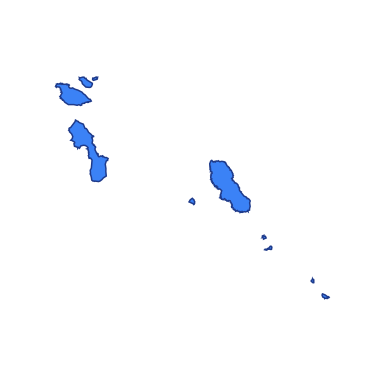 outline of Batanes, Batanes, Philippines, rotated 123°
{"feature_id": "2640588B23864872837062", "entity_name": "Batanes", "entity_type": "district", "adm_level": 2, "iso_a3": "PHL", "parent_name": "Philippines", "parent_adm1": "Batanes", "projection": "robinson", "projection_center": [121.895, 20.691], "detail": "fine", "context": "isolated", "style": "filled", "palette": "blue", "viewbox_px": 384, "rotation_deg": 123, "n_neighbors": 0, "source": "geoboundaries", "source_scale": "gbopen_adm2", "svg_char_len": 6112}
<svg xmlns="http://www.w3.org/2000/svg" viewBox="0 0 384 384"><g transform="rotate(123 192 192)"><path d="M175.9,133.9L174.3,134.8L172.4,135.4L169.7,137.8L167.8,138.3L167.0,140.1L167.0,141.3L167.3,141.8L167.0,141.8L167.1,143.1L166.7,143.6L167.1,146.2L165.6,150.7L165.2,150.8L165.4,151.1L164.8,152.9L163.7,154.0L162.8,154.3L162.7,155.4L162.3,155.4L162.0,156.3L161.0,157.3L160.5,159.3L160.9,160.7L160.7,160.6L160.8,161.2L160.0,163.1L160.3,164.3L160.0,164.8L159.3,164.8L159.0,166.1L157.3,165.5L156.2,166.5L155.5,166.4L155.2,167.3L154.3,167.8L154.3,168.3L153.6,168.9L153.5,169.6L152.6,170.6L152.8,171.8L152.3,171.7L151.7,173.8L151.2,174.1L151.3,175.3L151.0,175.4L150.9,177.1L150.1,178.1L149.9,179.0L149.7,178.9L149.1,179.8L149.0,180.4L149.3,180.8L149.0,180.9L149.2,181.8L150.1,183.8L151.5,185.2L151.5,187.0L152.1,187.1L152.9,188.7L153.9,188.7L153.9,189.1L154.3,189.2L154.2,189.9L155.1,190.4L154.9,190.7L155.3,191.2L154.7,192.4L154.9,192.9L156.0,193.1L158.7,192.5L160.4,191.2L160.4,190.8L160.8,190.9L161.3,190.1L161.9,190.1L161.9,189.7L163.0,189.3L162.9,189.0L163.2,189.1L164.3,187.5L164.3,186.9L164.7,187.1L164.5,186.6L165.0,185.6L165.5,185.3L166.7,185.9L167.5,185.0L168.4,185.1L168.9,184.4L169.8,184.1L170.5,183.3L170.4,182.8L171.1,183.0L171.0,182.6L171.9,182.0L171.7,181.7L172.2,181.6L172.2,180.8L172.7,180.7L172.7,180.0L173.0,180.2L173.2,179.3L173.6,179.2L173.5,178.0L173.7,177.3L174.3,177.1L174.3,176.4L174.5,176.5L174.7,176.1L174.3,175.7L174.7,175.7L174.4,175.3L174.8,175.3L174.6,174.7L174.9,174.0L174.5,173.9L174.9,173.7L174.1,173.1L175.3,172.3L175.0,172.1L175.1,171.1L174.6,171.0L174.3,170.1L174.7,167.8L177.2,167.1L177.4,166.7L178.6,166.8L179.4,166.0L179.8,166.1L179.8,165.5L180.7,165.6L180.5,165.0L181.0,164.4L181.6,164.9L181.5,164.2L182.0,163.3L181.5,162.7L181.6,161.7L179.9,161.1L180.0,160.2L180.7,159.7L180.1,158.9L180.6,157.9L180.5,157.5L179.9,157.1L179.9,156.7L179.5,156.9L179.1,156.5L178.6,155.3L179.6,154.4L179.4,153.7L180.3,152.8L180.4,151.7L181.0,151.2L181.1,151.4L181.3,151.5L181.5,150.9L182.8,150.9L183.3,150.3L182.7,149.8L182.8,149.0L183.8,148.4L183.9,147.6L183.5,147.2L183.9,146.8L183.4,146.4L184.0,145.7L183.9,144.9L183.5,144.5L183.9,144.5L182.9,143.6L183.2,142.7L182.4,141.4L182.9,140.7L182.5,140.5L182.9,140.4L181.9,139.3L181.1,139.1L181.4,138.5L180.0,137.5L179.6,136.3L177.7,134.9L177.8,134.4L177.0,135.1L175.9,133.9ZM216.5,310.2L213.8,310.3L212.0,308.6L211.1,306.9L211.0,304.9L211.4,303.4L211.9,303.5L212.2,303.1L213.0,303.6L212.8,302.7L213.1,302.0L213.9,301.6L214.0,301.0L215.0,300.4L215.2,300.0L215.6,300.1L216.7,298.9L217.9,298.8L219.0,297.2L219.4,297.2L219.8,296.6L218.8,295.5L219.7,293.2L226.8,289.4L229.2,289.2L231.6,287.3L232.3,287.3L232.9,286.2L234.6,284.3L236.6,282.6L236.8,281.2L236.3,280.4L236.3,279.8L235.8,279.5L234.1,276.0L232.9,275.1L230.6,274.3L228.4,274.0L225.3,272.6L221.8,275.4L219.2,277.0L215.9,279.9L212.6,280.8L212.0,280.6L211.2,279.5L211.3,280.3L209.6,280.6L209.7,282.5L210.6,283.9L210.5,285.1L210.8,285.7L210.5,286.2L210.9,286.3L210.5,286.9L211.3,287.4L211.6,288.3L212.9,289.0L213.0,289.2L212.6,289.5L213.0,289.3L213.2,289.8L212.6,290.7L212.2,290.8L212.3,291.1L211.2,291.5L211.1,292.1L211.8,292.3L211.6,292.8L209.5,296.2L208.1,297.2L207.2,297.1L206.6,297.6L206.6,298.6L206.0,299.2L206.2,299.6L205.9,299.6L205.9,300.2L206.2,299.6L206.4,300.0L205.7,300.6L205.7,302.1L204.2,303.0L203.3,303.1L201.9,304.3L201.6,305.0L201.1,305.1L200.7,305.9L199.1,304.7L198.7,305.1L199.1,306.4L198.6,308.2L198.3,311.2L196.9,313.7L196.4,315.2L196.9,316.5L194.3,320.1L195.1,323.9L195.1,325.6L194.8,325.8L195.2,327.8L194.9,329.4L195.4,328.7L196.6,328.4L204.1,328.9L205.1,329.7L206.0,329.6L206.4,329.0L207.3,329.0L207.2,328.5L207.7,327.7L208.2,327.6L208.8,324.7L210.3,322.3L212.3,321.5L214.6,321.8L214.2,320.9L214.1,317.7L214.7,317.1L215.8,317.3L217.7,315.4L217.1,314.4L217.3,313.8L216.8,312.4L217.6,311.6L216.5,311.6L216.3,311.1L216.5,310.2ZM170.6,326.0L169.7,327.8L170.1,328.3L170.0,330.4L168.8,334.4L168.8,336.6L168.2,338.6L168.7,343.2L169.6,346.4L169.7,348.8L170.9,349.9L171.4,351.3L171.0,352.5L170.1,353.2L169.2,353.1L169.1,353.6L169.5,353.8L169.2,354.0L169.7,354.5L169.4,354.9L169.6,355.8L170.3,355.9L170.2,356.4L171.5,358.1L171.9,358.9L171.7,359.2L172.2,359.5L171.8,359.9L172.7,360.5L172.4,361.0L172.9,360.9L172.8,361.5L173.1,362.0L173.9,362.2L174.4,363.6L174.7,363.5L175.3,364.4L175.8,364.0L176.8,364.2L177.4,363.3L177.9,363.6L178.0,362.9L177.7,363.0L177.2,362.3L176.2,360.2L177.2,358.1L177.9,358.0L177.8,357.5L178.8,356.4L179.5,356.3L179.1,355.8L179.9,354.9L182.8,354.7L183.6,354.3L183.9,354.7L184.4,353.8L184.1,353.7L184.3,353.2L185.0,353.2L184.7,352.6L185.1,352.3L184.8,351.4L185.5,350.6L185.0,350.1L186.0,347.5L186.0,343.2L183.1,338.8L181.8,335.5L180.3,334.4L180.1,332.6L179.1,331.9L178.5,332.4L177.3,332.0L176.1,330.4L175.4,330.5L173.7,329.0L173.8,328.5L173.5,328.1L173.4,328.4L172.9,328.3L171.4,326.4L170.6,326.0ZM158.3,333.8L156.0,334.2L155.1,334.8L155.3,340.5L155.0,342.2L154.4,342.7L155.0,343.8L154.5,345.1L155.3,346.3L157.3,348.1L157.4,348.8L158.1,348.1L159.0,348.0L159.3,346.5L159.1,345.4L159.6,344.3L160.9,342.9L161.8,338.2L160.3,335.2L159.6,334.3L158.3,333.8ZM201.2,183.5L199.9,183.7L199.4,184.3L198.8,184.3L198.5,184.7L198.1,185.6L197.6,185.9L197.1,188.3L199.5,189.2L201.9,189.1L201.2,184.7L201.6,183.7L201.2,183.5ZM205.6,19.6L205.5,20.7L206.0,21.3L205.8,24.2L206.3,27.0L206.7,27.1L207.7,26.7L208.9,25.1L208.6,23.5L209.0,22.9L208.7,22.9L208.5,22.1L207.7,21.4L207.8,20.7L207.4,20.4L207.0,20.7L206.2,19.7L205.6,19.6ZM196.7,94.1L194.7,95.0L194.4,96.3L195.0,96.8L197.0,97.0L198.4,97.9L199.0,97.9L200.0,98.9L200.1,99.5L200.8,99.6L200.2,97.9L199.4,97.4L199.0,97.6L197.8,96.0L197.2,94.4L196.7,94.1ZM149.1,333.0L148.4,333.1L148.2,333.8L147.2,333.7L147.8,335.0L150.1,336.4L150.4,337.2L151.5,336.9L152.0,336.3L152.0,335.4L149.1,333.0ZM190.2,104.8L189.2,106.3L189.7,107.2L189.6,107.9L189.2,108.1L190.1,108.8L190.7,108.5L190.9,108.8L191.4,108.1L192.0,108.2L191.7,107.8L192.0,106.6L192.5,106.3L190.2,104.8ZM201.7,40.5L199.4,42.0L199.1,42.5L199.5,43.3L199.3,43.6L200.0,43.3L201.2,43.8L202.0,43.3L202.2,41.0L201.7,40.5Z" fill="#3b82f6" stroke="#1e3a8a" stroke-width="1.5"/></g></svg>